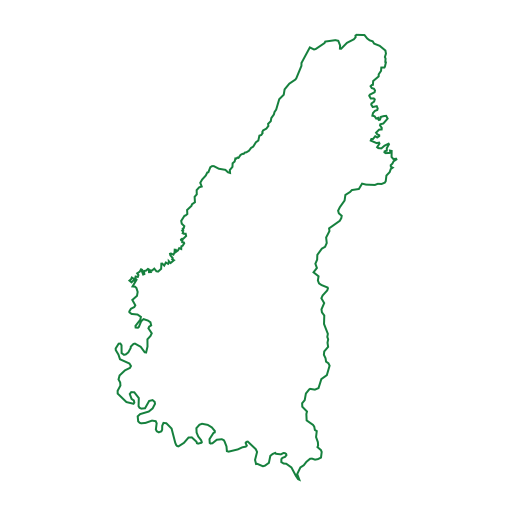 the district of Menoaneng, Mokhotlong, Lesotho, rotated 271°
{"feature_id": "5366337B74637186434694", "entity_name": "Menoaneng", "entity_type": "district", "adm_level": 2, "iso_a3": "LSO", "parent_name": "Lesotho", "parent_adm1": "Mokhotlong", "projection": "orthographic", "projection_center": [29.096, -29.433], "detail": "fine", "context": "isolated", "style": "outline", "palette": "green", "viewbox_px": 512, "rotation_deg": 271, "n_neighbors": 0, "source": "geoboundaries", "source_scale": "gbopen_adm2", "svg_char_len": 6058}
<svg xmlns="http://www.w3.org/2000/svg" viewBox="0 0 512 512"><g transform="rotate(271 256 256)"><path d="M472.7,368.9L473.6,365.9L475.4,363.4L478.8,360.6L478.9,352.7L478.1,351.6L476.5,351.8L474.4,350.1L470.7,343.2L464.7,337.5L464.8,336.3L468.0,336.4L472.6,334.5L473.2,331.6L471.6,321.5L470.1,320.8L464.0,312.1L463.5,310.4L465.5,306.2L449.8,298.1L446.9,298.1L434.4,293.2L433.1,292.3L428.9,286.3L423.1,281.7L417.7,280.9L413.2,276.5L402.7,273.6L400.3,272.0L397.8,271.4L394.2,268.9L391.0,268.4L388.4,265.8L386.2,266.1L383.5,264.1L381.7,260.9L380.0,260.1L379.1,260.5L377.1,259.2L376.4,257.3L371.5,256.3L369.7,253.9L365.3,251.3L364.0,249.2L361.1,247.1L359.5,244.6L359.2,243.0L357.9,241.9L357.9,240.7L356.8,238.8L353.8,236.8L354.1,235.7L353.0,234.6L353.2,233.7L350.1,233.0L348.3,231.0L344.7,230.9L341.5,228.3L338.6,228.6L339.2,226.5L341.6,223.9L342.6,217.3L345.1,212.3L345.1,210.5L344.0,208.8L338.9,206.9L338.6,205.8L335.6,204.4L331.5,200.8L328.2,199.0L324.5,200.5L323.7,198.0L320.8,195.5L316.6,195.7L314.1,193.6L308.7,194.0L306.6,191.1L305.0,190.6L300.8,186.3L296.8,186.6L295.2,184.8L295.0,183.8L289.8,180.6L287.0,181.2L284.6,183.8L282.7,183.3L282.1,182.3L280.7,182.8L280.2,181.8L278.6,182.8L277.5,182.3L276.9,183.6L277.0,185.3L274.8,185.8L271.9,182.9L271.9,181.7L271.1,180.7L270.4,180.9L270.1,182.1L268.5,182.0L268.2,183.7L267.4,184.0L265.0,182.5L264.4,181.2L261.7,181.1L262.5,179.1L260.2,177.9L258.7,175.9L260.8,175.7L260.9,174.6L258.0,174.5L255.9,173.4L257.0,170.9L256.7,170.0L255.3,170.3L252.4,172.8L251.2,172.3L250.3,174.0L247.5,170.7L249.3,168.9L247.7,169.0L246.6,168.3L247.9,166.0L244.8,164.4L246.8,162.4L246.7,161.5L241.5,161.4L238.7,158.4L239.0,156.7L241.6,154.5L239.6,152.3L239.9,150.2L238.1,151.0L238.0,149.3L240.7,149.1L241.2,148.2L239.5,146.4L239.0,144.2L236.0,144.7L235.5,143.5L239.2,142.0L240.2,142.3L240.7,141.3L238.3,140.0L236.6,137.5L234.9,138.8L233.0,138.2L233.4,136.0L231.3,135.5L230.9,134.4L232.3,132.2L230.6,131.5L229.2,129.9L227.5,132.0L229.5,134.0L228.9,135.7L230.7,136.5L230.2,137.0L223.4,133.1L223.2,135.6L221.9,137.0L218.0,138.3L214.1,137.7L209.9,133.1L204.6,136.2L202.8,135.2L201.1,131.9L198.4,130.3L197.5,130.4L195.9,132.6L195.4,138.6L193.1,142.0L190.2,141.4L184.0,136.7L182.4,136.9L182.2,139.2L183.0,140.1L188.7,142.3L190.9,144.6L189.6,149.0L187.9,151.6L184.8,152.4L183.5,150.4L181.8,149.7L176.9,153.1L174.2,151.9L170.8,148.9L163.5,149.1L157.6,147.8L157.8,146.4L163.2,142.3L166.3,136.5L165.9,135.0L163.2,132.4L161.8,132.3L157.4,130.0L155.3,127.5L154.9,125.7L156.6,123.3L164.4,123.1L166.1,121.9L165.9,120.2L161.1,117.3L159.5,117.4L155.0,120.2L150.4,121.8L146.3,131.3L143.8,132.9L141.9,131.9L139.4,127.0L134.2,121.7L130.2,120.7L127.2,122.4L124.1,122.7L118.8,120.0L116.0,120.1L107.7,129.0L106.1,136.1L107.3,136.9L109.4,136.4L110.9,134.1L115.8,132.2L117.7,133.6L117.6,136.7L111.9,141.3L103.8,141.2L102.2,142.2L101.4,144.0L101.8,147.7L109.2,151.7L110.1,155.1L108.4,157.2L106.4,157.6L101.8,155.3L98.6,151.5L95.9,142.9L93.6,140.5L88.6,141.1L87.2,142.6L86.7,144.1L87.2,148.5L89.6,154.9L89.1,158.6L87.0,159.6L80.8,158.9L79.0,159.9L78.0,161.9L79.0,164.4L80.7,165.2L84.6,165.2L87.5,166.4L87.2,169.3L82.0,174.6L67.9,178.5L65.6,179.5L64.6,180.5L64.3,181.8L67.9,187.2L73.3,191.7L73.5,195.0L69.3,199.7L67.8,200.2L67.4,201.4L68.3,204.7L68.9,205.1L70.9,204.3L74.5,201.4L78.4,199.7L82.8,199.4L86.3,202.4L87.3,205.0L86.3,210.7L83.9,214.8L80.3,217.9L78.9,217.8L78.4,216.6L72.1,212.7L68.3,213.0L67.7,213.8L68.0,215.7L71.6,220.0L72.2,225.0L71.3,227.0L70.0,227.8L65.1,229.8L60.4,230.3L59.9,232.0L62.3,241.2L64.5,245.7L65.2,249.1L66.2,250.1L68.9,248.9L70.0,249.7L70.3,251.0L62.9,259.1L60.1,260.5L52.1,258.6L48.0,259.7L48.2,260.9L45.9,266.6L46.5,268.6L49.4,272.5L56.4,273.8L58.3,276.0L59.5,278.7L58.6,279.4L58.1,284.3L59.5,286.9L59.4,288.3L58.6,289.6L57.4,289.9L55.7,288.6L54.6,285.9L53.3,284.9L50.4,284.9L49.0,287.2L48.8,289.9L45.2,295.1L36.7,299.8L33.6,302.0L33.1,303.2L38.7,301.0L45.4,304.1L47.6,307.4L51.1,310.0L54.2,313.6L54.4,315.5L53.4,318.6L54.0,321.5L55.6,324.5L61.2,325.1L63.1,324.3L66.0,320.8L67.6,321.4L71.0,321.1L76.0,319.2L82.0,319.8L83.1,317.9L86.4,317.2L88.1,316.0L92.5,309.5L98.9,309.1L101.4,309.7L106.1,304.9L109.6,304.7L112.7,307.2L119.4,308.3L123.5,311.5L124.1,312.4L123.4,317.2L125.0,320.8L134.1,323.5L138.1,328.9L147.6,331.5L150.0,330.3L151.6,327.9L155.0,327.3L158.4,325.6L161.8,325.9L166.4,329.7L170.5,329.0L174.0,329.6L176.3,328.7L179.4,329.2L189.2,325.2L197.7,325.3L200.8,322.9L203.8,322.4L210.1,325.0L214.9,322.1L217.7,323.3L222.8,327.8L224.9,328.5L225.7,328.2L228.1,322.0L229.7,319.5L232.6,318.3L236.8,318.9L240.7,313.8L245.1,317.1L249.3,315.5L253.4,317.2L258.2,317.3L264.5,321.7L266.4,324.9L270.2,326.5L275.7,325.8L282.2,329.0L284.9,328.6L292.6,339.1L295.3,340.6L297.7,341.0L300.1,338.1L302.7,337.3L306.3,339.0L313.0,343.6L318.6,344.3L321.7,349.0L323.6,350.7L324.8,357.7L330.2,360.8L329.3,364.8L329.1,373.6L330.3,376.5L330.2,380.3L331.6,383.5L333.1,384.4L338.7,385.0L342.2,388.2L345.3,389.2L346.7,391.1L347.6,389.3L349.1,389.1L350.8,390.8L353.1,391.9L355.0,394.7L355.7,394.4L355.3,391.7L357.4,389.8L363.4,389.8L363.7,388.2L361.8,388.6L361.4,387.9L361.1,383.8L361.9,382.6L362.9,382.8L363.6,384.9L366.1,384.9L370.0,387.0L370.6,386.6L368.5,382.5L365.8,379.5L366.0,376.4L366.9,375.2L370.5,377.5L371.5,377.1L371.0,374.6L373.4,368.7L375.0,369.3L375.0,370.9L377.8,373.1L376.6,375.1L378.0,377.1L378.9,377.1L379.8,375.1L381.4,373.9L384.5,376.9L384.7,379.4L386.3,379.5L388.8,377.7L389.9,378.0L390.7,381.0L395.7,385.2L398.4,383.7L398.1,381.3L397.3,378.5L394.5,377.6L394.1,376.5L394.9,375.8L396.3,375.9L395.5,373.8L397.8,372.1L398.3,369.9L401.0,370.5L403.2,372.4L404.1,374.7L405.6,375.1L407.9,374.1L407.0,370.1L409.3,368.6L410.5,368.8L412.5,371.4L414.7,372.0L415.6,371.0L415.5,368.0L418.2,366.4L419.3,367.0L421.8,371.7L423.6,372.1L425.3,371.0L425.9,368.8L427.8,367.6L429.0,368.8L429.2,369.9L433.0,370.1L437.7,375.5L439.8,375.5L443.3,377.8L446.6,378.0L446.7,381.1L447.6,381.6L451.9,382.5L452.2,381.9L455.6,382.1L457.2,381.4L460.6,382.4L463.7,381.8L468.3,376.0L470.4,370.4L472.7,368.9Z" fill="none" stroke="#15803d" stroke-width="2"/></g></svg>